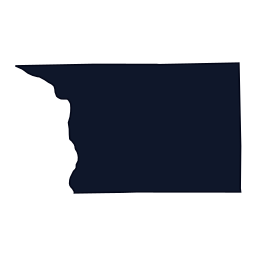 Carroll, Illinois, United States of America (Albers equal-area conic projection)
{"feature_id": "52423323B13226465983213", "entity_name": "Carroll", "entity_type": "district", "adm_level": 2, "iso_a3": "USA", "parent_name": "United States of America", "parent_adm1": "Illinois", "projection": "albers", "projection_center": [-90.126, 42.064], "detail": "fine", "context": "isolated", "style": "filled", "palette": "ink", "viewbox_px": 256, "rotation_deg": 0, "n_neighbors": 0, "source": "geoboundaries", "source_scale": "gbopen_adm2", "svg_char_len": 835}
<svg xmlns="http://www.w3.org/2000/svg" viewBox="0 0 256 256"><path d="M238.9,63.1L159.1,64.7L156.8,64.5L94.2,64.4L15.4,65.9L22.3,68.9L28.1,73.1L32.7,75.2L37.5,76.5L39.4,76.7L44.8,79.6L48.6,82.2L51.5,83.7L53.9,85.7L54.6,87.4L55.0,89.1L55.3,92.2L56.7,96.1L58.2,97.4L60.6,98.6L61.7,98.8L67.5,98.9L68.8,100.2L70.4,102.9L70.8,104.3L71.0,107.9L70.9,111.5L70.2,116.9L68.5,122.6L69.4,128.9L69.5,134.4L69.8,138.7L70.2,139.5L71.8,140.8L73.5,143.0L74.4,144.2L74.6,144.8L75.1,146.1L75.3,148.0L75.7,149.3L77.2,151.7L78.1,154.6L78.5,157.3L78.3,160.8L76.4,164.6L76.3,167.8L75.5,169.3L73.6,171.3L70.6,177.4L69.9,179.9L69.6,183.4L70.0,185.3L71.2,187.2L72.5,188.5L74.0,191.0L74.4,191.9L74.3,192.9L105.8,192.4L122.2,192.2L132.8,191.9L136.1,191.8L240.6,191.9L240.2,188.4L240.6,146.1L238.9,63.1Z" fill="#0f172a" stroke="#020617" stroke-width="1.5"/></svg>